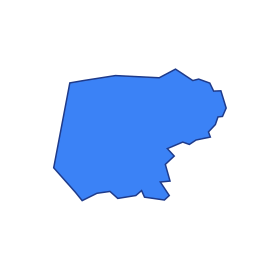 Doddridge, West Virginia, United States of America (Natural Earth projection), rotated 37°
{"feature_id": "52423323B8788265291879", "entity_name": "Doddridge", "entity_type": "district", "adm_level": 2, "iso_a3": "USA", "parent_name": "United States of America", "parent_adm1": "West Virginia", "projection": "natural_earth1", "projection_center": [-80.633, 39.271], "detail": "fine", "context": "isolated", "style": "filled", "palette": "blue", "viewbox_px": 256, "rotation_deg": 37, "n_neighbors": 0, "source": "geoboundaries", "source_scale": "gbopen_adm2", "svg_char_len": 583}
<svg xmlns="http://www.w3.org/2000/svg" viewBox="0 0 256 256"><g transform="rotate(37 128 128)"><path d="M124.7,211.0L135.1,213.6L142.5,198.8L151.8,189.5L162.2,190.4L174.9,177.2L176.5,169.8L182.8,173.3L200.4,163.6L201.6,157.1L186.3,151.7L193.5,145.1L179.7,134.6L181.8,122.6L171.8,120.8L180.2,106.3L186.9,104.2L189.6,96.6L199.2,85.7L194.6,82.7L195.7,72.7L193.2,65.0L196.5,61.9L194.4,53.0L179.8,42.4L174.2,47.0L166.3,42.9L155.0,46.4L151.2,51.1L130.5,52.4L122.7,69.1L86.4,93.7L63.9,116.9L54.4,127.0L92.6,204.5L124.7,211.0Z" fill="#3b82f6" stroke="#1e3a8a" stroke-width="1.5"/></g></svg>